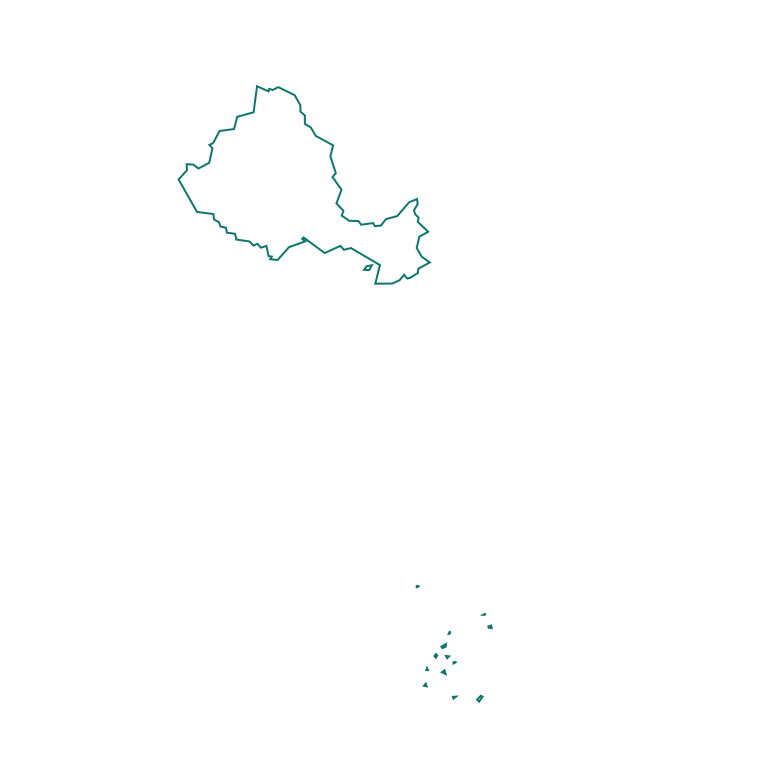 Mamuju, Sulawesi Barat, Indonesia (Mercator projection), rotated 238°
{"feature_id": "22746128B65468173429736", "entity_name": "Mamuju", "entity_type": "district", "adm_level": 2, "iso_a3": "IDN", "parent_name": "Indonesia", "parent_adm1": "Sulawesi Barat", "projection": "mercator", "projection_center": [119.254, -2.427], "detail": "medium", "context": "isolated", "style": "outline", "palette": "teal", "viewbox_px": 768, "rotation_deg": 238, "n_neighbors": 0, "source": "geoboundaries", "source_scale": "gbopen_adm2", "svg_char_len": 1971}
<svg xmlns="http://www.w3.org/2000/svg" viewBox="0 0 768 768"><g transform="rotate(238 384 384)"><path d="M675.0,333.1L669.7,330.2L666.3,318.2L629.0,316.6L618.6,329.3L613.4,327.1L608.6,329.8L604.1,328.8L600.2,332.8L595.5,331.0L590.3,337.3L584.8,335.3L576.0,345.6L570.6,346.6L570.0,350.9L564.8,351.9L563.4,357.4L553.7,353.9L551.5,356.3L550.2,353.7L545.5,359.4L550.4,375.9L546.7,392.8L550.5,391.5L550.8,393.5L526.5,403.1L524.2,420.2L519.0,421.2L516.8,428.0L487.0,443.6L473.7,429.8L464.7,444.4L463.8,452.3L466.0,459.0L461.2,459.5L460.2,462.3L460.2,471.6L463.6,474.2L462.8,487.2L471.8,483.5L482.0,483.8L490.2,492.0L489.7,502.1L503.7,498.6L506.7,501.5L511.5,500.4L515.5,501.5L518.7,507.9L523.3,510.0L524.8,501.7L519.4,484.2L522.8,473.0L520.0,465.4L522.7,459.9L526.2,460.1L531.2,449.1L535.8,448.6L540.7,441.1L549.2,437.4L552.5,441.4L562.3,439.3L571.3,450.9L586.8,450.0L588.4,454.9L605.3,459.1L613.4,467.3L630.6,457.6L640.4,457.9L646.5,454.7L653.7,459.2L659.3,457.5L664.7,460.8L676.3,461.3L691.8,451.6L692.3,445.4L695.1,443.1L693.3,441.2L703.8,434.1L683.5,417.4L688.4,401.2L679.7,391.9L685.7,378.6L678.9,366.9L679.3,362.7L674.8,363.4L664.2,353.0L665.1,340.8L671.1,338.6L675.0,333.1ZM491.2,436.7L493.0,431.8L491.4,427.6L488.4,431.9L491.2,436.7ZM67.0,295.7L64.2,296.3L66.6,301.9L68.3,300.9L67.0,295.7ZM130.6,298.8L130.8,293.5L129.1,293.5L128.5,297.1L130.6,298.8ZM109.1,283.6L108.9,280.4L105.4,282.5L109.1,283.6ZM105.0,259.9L107.8,260.6L106.9,258.0L105.0,259.9ZM122.4,346.8L123.1,344.1L121.8,343.6L119.9,346.0L122.4,346.8ZM109.8,298.1L111.2,295.6L110.2,294.9L109.8,298.1ZM118.6,294.8L120.5,292.5L118.0,292.3L118.6,294.8ZM127.4,285.0L126.5,282.6L124.4,282.9L125.5,285.3L127.4,285.0ZM80.7,279.4L82.2,276.7L80.3,276.3L80.7,279.4ZM139.5,308.9L137.8,306.5L137.4,307.6L139.5,308.9ZM135.5,348.5L135.7,345.9L134.9,347.0L135.5,348.5ZM193.8,307.0L195.3,304.7L194.3,304.1L193.8,307.0ZM118.2,269.7L120.3,269.9L119.0,268.4L118.2,269.7Z" fill="none" stroke="#0f766e" stroke-width="2"/></g></svg>